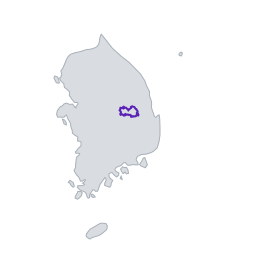 Uiseong-gun, North Gyeongsang, South Korea (highlighted), rotated 345°
{"feature_id": "91817680B75376031789242", "entity_name": "Uiseong-gun", "entity_type": "district", "adm_level": 2, "iso_a3": "KOR", "parent_name": "South Korea", "parent_adm1": "North Gyeongsang", "projection": "orthographic", "projection_center": [128.598, 36.353], "detail": "fine", "context": "in_parent", "style": "outline", "palette": "violet", "viewbox_px": 256, "rotation_deg": 345, "n_neighbors": 0, "source": "geoboundaries", "source_scale": "gbopen_adm2", "svg_char_len": 4973}
<svg xmlns="http://www.w3.org/2000/svg" viewBox="0 0 256 256"><g transform="rotate(345 128 128)"><path d="M76.9,60.4L77.8,59.7L77.9,58.8L77.9,55.5L80.5,53.4L84.1,48.8L85.9,46.4L87.9,44.1L90.2,42.5L92.5,41.8L96.0,41.6L102.7,41.9L104.1,41.7L108.8,41.5L109.9,41.9L113.3,42.2L117.1,41.9L119.0,41.3L120.8,40.1L122.3,38.0L123.9,34.2L125.6,31.2L126.6,30.6L133.5,46.8L140.2,57.2L145.9,64.7L154.1,79.2L156.5,87.0L156.8,91.8L158.2,98.4L157.1,102.2L157.5,108.2L157.0,111.3L156.0,113.5L156.0,117.9L156.4,120.2L156.4,123.3L157.1,124.5L158.0,124.9L159.5,123.8L161.4,123.3L161.1,127.0L158.9,136.4L157.0,143.3L154.4,149.3L151.1,154.7L147.0,156.9L144.2,157.7L138.8,158.0L134.2,157.1L130.3,157.7L128.8,158.9L127.6,160.8L128.5,163.8L128.4,166.0L126.7,165.9L123.4,164.6L119.7,164.4L118.0,163.7L116.3,160.5L114.6,160.6L111.5,162.5L106.8,162.9L105.1,163.9L104.5,165.2L105.2,166.9L107.6,169.1L106.7,171.3L104.3,172.4L102.3,169.6L101.1,167.0L99.7,166.8L97.6,167.5L97.1,170.4L98.1,172.4L99.7,174.7L97.3,177.3L96.7,179.2L95.0,180.5L90.6,177.4L91.2,175.3L93.2,173.3L93.5,171.2L92.9,169.9L86.4,175.2L82.3,181.2L80.2,180.7L79.3,179.1L78.1,178.5L73.8,182.3L72.9,185.4L71.3,185.4L70.7,184.1L70.7,181.3L70.0,178.9L65.6,175.4L63.7,172.3L64.8,170.7L68.5,171.7L71.4,171.6L70.9,170.2L69.9,169.5L71.9,168.7L73.5,167.1L72.2,166.6L70.1,167.5L68.4,167.0L67.8,163.1L65.8,159.0L64.9,155.0L67.0,152.8L68.1,149.3L70.1,144.2L71.1,142.6L73.7,141.5L74.7,140.2L73.3,139.5L71.0,138.8L71.1,137.3L72.6,136.6L74.4,135.0L77.9,133.1L79.0,129.4L78.0,128.4L75.9,127.5L76.4,125.6L77.3,124.2L77.0,123.4L74.6,120.9L73.0,118.6L73.5,116.1L73.2,112.3L73.5,109.1L73.4,107.4L72.3,103.5L71.9,99.6L70.3,100.1L69.0,101.1L64.4,99.6L63.0,99.4L62.5,96.5L64.2,93.0L68.1,89.9L70.4,89.6L72.1,88.3L74.7,87.9L77.8,90.1L80.6,90.6L82.1,94.3L83.1,95.1L83.3,93.7L85.6,92.2L86.2,91.0L85.7,90.3L83.1,89.6L80.8,85.0L80.5,83.0L79.7,81.7L81.0,78.1L78.4,73.8L77.1,72.5L77.4,68.7L76.0,66.3L75.3,65.0L74.8,62.7L75.3,61.7L76.5,61.4L76.9,60.4ZM64.4,224.6L63.0,225.4L61.7,224.9L61.4,224.5L59.9,222.4L59.6,221.3L60.6,219.3L64.9,216.1L75.7,213.1L77.6,213.0L81.9,214.5L82.7,217.1L81.9,219.3L80.9,220.7L75.9,223.1L72.1,224.3L64.4,224.6ZM137.2,168.6L134.4,170.9L130.6,167.9L129.7,166.2L132.6,163.8L135.0,161.0L136.6,160.9L137.2,168.6ZM117.1,168.3L116.8,171.9L114.7,172.0L113.5,169.7L112.1,170.8L111.4,170.8L110.4,168.0L110.2,165.8L112.7,164.1L114.2,165.2L116.3,165.7L117.1,168.3ZM62.5,183.2L60.6,183.7L59.6,182.5L58.8,182.1L59.3,180.5L62.4,177.4L63.1,176.3L65.9,177.0L67.0,178.7L65.6,181.3L62.5,183.2ZM73.6,62.0L73.4,66.7L71.8,66.5L70.8,66.0L70.3,65.0L69.4,60.6L70.6,58.8L72.9,60.3L73.6,62.0ZM61.0,170.2L60.6,171.0L59.3,170.7L58.0,168.2L57.5,166.2L56.2,165.1L58.4,163.5L61.0,166.6L61.0,170.2ZM69.7,106.8L69.2,109.1L67.3,107.5L66.9,102.4L68.8,103.9L69.7,106.8ZM199.3,71.1L198.0,72.2L196.4,71.2L196.2,70.1L197.0,69.1L198.9,68.4L199.8,69.3L199.3,71.1ZM77.9,184.5L78.4,186.2L76.0,185.9L74.8,184.2L75.0,182.8L76.4,182.6L77.9,184.5ZM109.2,175.2L108.8,176.3L107.4,174.6L108.9,172.7L109.2,175.2Z" fill="#d9dde1" stroke="#a8b0b8" stroke-width="1"/><path d="M124.5,108.9L125.1,109.9L125.4,110.8L125.2,111.1L125.1,111.4L124.9,111.5L124.7,112.0L124.6,112.3L124.3,112.5L124.1,112.6L124.1,112.8L124.2,113.1L124.3,113.4L124.5,113.4L125.0,113.2L125.2,112.9L125.5,112.9L125.8,113.1L126.2,113.5L126.4,113.7L126.4,113.9L126.7,114.1L126.8,114.3L126.9,114.5L127.0,114.8L127.3,115.0L127.7,115.0L127.6,114.9L127.8,114.8L128.3,114.7L128.4,114.3L128.6,113.9L129.0,113.7L129.2,113.9L129.3,114.3L129.5,114.4L129.8,114.5L130.1,114.6L130.6,114.7L131.2,114.9L131.5,115.0L131.5,115.3L131.6,115.5L131.9,115.5L132.5,115.6L133.0,115.7L133.4,115.8L133.9,116.1L134.0,116.6L133.8,117.0L133.9,117.5L133.9,118.0L134.2,118.1L134.4,117.7L134.8,117.6L135.0,118.0L135.4,117.9L135.8,117.9L135.9,118.3L136.3,118.4L137.1,118.3L137.4,118.4L137.7,118.6L138.1,118.6L138.7,118.6L139.0,118.2L139.2,117.9L139.5,117.8L139.9,117.9L140.2,118.1L140.5,118.3L141.1,118.5L141.2,118.2L141.4,118.1L141.5,117.8L141.3,117.6L141.0,117.6L141.0,117.3L140.9,117.0L141.1,116.8L141.3,116.6L141.2,116.4L140.8,116.3L140.5,116.2L140.3,116.1L140.3,115.9L140.4,115.7L140.7,115.6L141.0,115.5L141.1,115.3L141.2,115.0L141.5,114.8L141.4,114.5L141.4,114.2L141.5,113.9L141.3,113.3L141.1,112.9L140.9,112.6L140.8,112.3L140.9,111.9L140.6,111.7L140.2,111.3L140.0,111.0L139.9,110.5L139.9,110.2L139.6,109.5L139.4,109.4L139.2,109.1L138.8,108.9L138.1,108.7L137.9,108.4L137.6,108.1L136.3,108.4L136.2,109.0L136.1,109.5L135.8,109.6L135.3,109.8L134.4,110.1L134.1,110.3L133.7,110.4L133.4,110.7L132.9,111.0L132.8,110.6L132.7,110.1L132.7,109.7L132.3,109.5L132.1,109.3L132.0,109.0L131.7,108.6L131.4,107.9L131.0,107.8L130.5,107.7L130.1,107.5L129.9,107.1L129.7,106.8L129.5,107.2L129.2,107.9L128.7,108.0L128.3,107.4L128.2,106.7L127.9,106.8L127.5,107.0L127.2,107.1L127.0,107.3L126.6,107.1L126.3,106.8L126.0,106.5L125.9,106.5L125.7,106.9L125.7,107.1L125.6,107.4L125.2,108.0L124.8,108.4L124.8,108.7L124.5,108.9Z" fill="none" stroke="#5b21b6" stroke-width="2"/></g></svg>